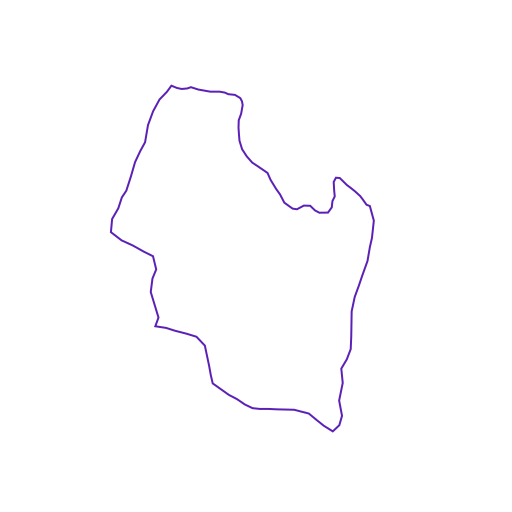 Galinoporni, Cyprus (Equal Earth projection), rotated 327°
{"feature_id": "46923920B55142884438741", "entity_name": "Galinoporni", "entity_type": "district", "adm_level": 2, "iso_a3": "CYP", "parent_name": "Cyprus", "parent_adm1": "", "projection": "equal_earth", "projection_center": [34.316, 35.528], "detail": "fine", "context": "isolated", "style": "outline", "palette": "violet", "viewbox_px": 512, "rotation_deg": 327, "n_neighbors": 0, "source": "geoboundaries", "source_scale": "gbopen_adm2", "svg_char_len": 1486}
<svg xmlns="http://www.w3.org/2000/svg" viewBox="0 0 512 512"><g transform="rotate(327 256 256)"><path d="M133.3,260.1L141.4,267.3L147.3,274.5L155.4,283.3L162.1,291.3L164.3,303.3L156.9,322.5L153.2,331.3L150.3,339.3L157.6,357.7L162.1,365.7L165.8,374.5L170.2,381.7L176.1,386.5L183.5,391.3L190.2,396.1L204.2,405.7L214.5,416.9L217.5,426.5L220.4,435.3L224.9,444.9L233.7,443.3L241.1,436.9L247.0,422.5L259.6,409.7L266.2,396.9L275.9,392.1L284.7,385.7L292.1,375.3L306.1,354.5L316.5,344.1L326.1,336.9L334.2,330.5L346.8,320.9L356.4,310.5L363.0,304.1L368.9,296.9L374.1,290.5L378.7,276.1L376.6,273.2L376.3,266.0L376.0,262.4L374.2,255.5L373.0,251.9L370.8,245.7L369.6,240.1L368.7,236.2L365.7,233.9L361.5,236.2L357.2,243.7L354.5,248.9L350.0,251.6L346.0,256.5L340.0,258.8L332.7,254.2L330.3,249.9L328.8,243.4L323.6,239.8L315.8,239.1L312.5,236.2L308.8,226.7L309.7,217.5L309.4,210.6L309.7,200.1L310.9,192.6L308.2,186.1L303.7,175.6L302.5,167.4L302.5,158.9L304.9,150.4L307.9,144.8L311.2,138.9L315.5,132.7L320.9,128.7L327.0,122.2L328.5,118.6L328.8,115.0L326.1,109.4L320.9,105.2L318.8,101.9L314.9,98.3L307.3,93.4L298.2,84.9L293.4,79.0L289.5,78.0L284.6,75.4L281.3,72.1L277.8,67.1L270.7,69.8L260.3,72.2L248.5,78.6L236.7,87.4L224.9,100.2L216.0,105.0L205.7,111.4L194.6,121.0L182.8,130.6L175.4,133.8L166.5,141.0L155.5,146.6L147.3,157.0L151.8,169.7L158.4,180.1L164.3,191.3L169.5,200.1L165.0,212.9L156.9,218.5L148.1,228.9L144.4,241.7L140.7,254.5L133.3,260.1Z" fill="none" stroke="#5b21b6" stroke-width="2"/></g></svg>